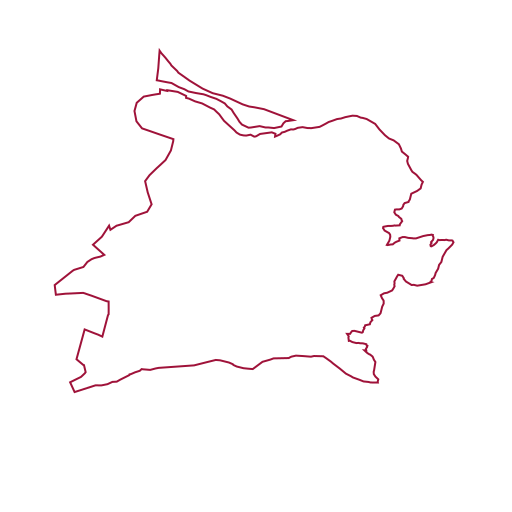 the district of Dayrut, Asyut, Egypt, rotated 284°
{"feature_id": "37247803B43857760448777", "entity_name": "Dayrut", "entity_type": "district", "adm_level": 2, "iso_a3": "EGY", "parent_name": "Egypt", "parent_adm1": "Asyut", "projection": "robinson", "projection_center": [30.795, 27.538], "detail": "fine", "context": "isolated", "style": "outline", "palette": "rose", "viewbox_px": 512, "rotation_deg": 284, "n_neighbors": 0, "source": "geoboundaries", "source_scale": "gbopen_adm2", "svg_char_len": 5794}
<svg xmlns="http://www.w3.org/2000/svg" viewBox="0 0 512 512"><g transform="rotate(284 256 256)"><path d="M389.1,379.6L390.9,376.0L392.6,372.3L395.4,370.6L399.0,367.6L401.5,361.6L402.2,356.6L404.4,351.9L408.7,345.1L413.0,339.7L415.7,330.2L415.8,326.1L415.6,324.1L416.3,320.0L415.5,315.7L413.8,312.1L412.3,309.0L409.9,305.1L409.3,303.5L408.4,301.4L405.7,297.4L403.6,294.1L401.3,291.7L398.6,288.7L396.7,286.5L393.3,278.4L393.3,278.2L393.2,277.6L392.6,274.9L392.3,270.0L390.8,266.3L390.4,265.4L388.8,263.4L387.8,261.7L387.3,259.2L385.1,255.9L383.4,253.8L382.1,251.3L379.9,250.0L377.8,247.4L376.5,245.6L379.3,245.3L379.8,241.4L375.4,230.4L372.5,227.5L371.9,226.7L371.4,225.4L372.4,221.4L370.5,217.4L370.0,214.8L369.9,212.3L369.9,211.0L371.1,207.2L372.8,204.6L375.9,198.8L379.4,192.3L381.5,189.7L384.6,186.0L386.5,182.6L388.1,179.9L388.9,175.5L391.0,166.8L391.3,159.5L392.5,152.8L392.5,149.9L394.4,149.5L396.3,140.4L395.4,129.8L394.7,130.0L394.6,128.2L394.5,122.6L393.0,123.0L392.6,123.0L390.4,123.5L390.2,123.5L388.7,119.9L387.0,116.0L386.1,114.1L383.5,108.5L381.3,107.0L375.8,103.2L367.3,103.0L357.8,107.4L357.4,107.9L352.3,114.5L352.2,115.3L351.6,122.3L350.7,132.2L349.4,147.6L347.2,147.9L345.1,147.9L337.8,147.9L327.2,145.0L318.2,139.1L317.5,138.6L308.6,133.1L301.8,130.3L291.4,135.6L290.8,136.0L280.9,142.2L272.6,139.7L265.8,129.2L258.0,124.3L252.0,114.0L251.7,113.4L246.2,108.4L249.9,106.1L238.6,102.2L237.3,101.7L227.5,95.1L220.4,108.5L218.3,105.8L217.8,105.2L215.6,100.9L214.8,99.5L213.1,97.2L209.4,93.8L206.9,92.7L203.6,91.2L198.8,83.3L198.3,82.6L197.2,81.6L179.1,67.7L170.5,71.0L170.0,71.2L173.3,80.2L174.8,85.3L178.4,97.2L178.3,99.3L178.2,100.0L177.7,106.1L176.0,121.9L176.2,124.0L168.8,125.9L163.8,127.1L162.8,126.7L140.6,126.4L141.5,121.8L141.9,118.2L143.3,107.5L129.9,107.2L112.4,106.8L108.5,114.8L108.5,115.5L102.1,118.8L100.8,118.3L97.8,116.4L96.3,115.4L91.5,109.7L88.5,106.2L80.1,112.9L91.7,131.6L93.0,137.2L95.7,142.9L99.1,147.1L100.4,151.3L103.1,154.1L109.8,161.9L110.5,161.9L111.2,163.3L113.9,166.8L116.5,171.0L118.6,172.4L118.7,173.6L119.9,180.9L122.6,185.8L123.9,188.6L134.9,222.4L140.9,233.6L145.4,242.1L146.1,246.4L146.1,254.1L146.1,255.5L145.4,259.7L144.8,260.4L144.1,264.0L144.1,268.2L144.1,271.0L144.8,275.9L145.5,280.2L154.9,287.9L158.9,294.9L160.9,297.8L164.9,312.5L165.8,313.4L166.9,314.7L169.0,318.9L170.3,325.9L171.0,330.1L171.6,333.7L173.0,336.5L175.0,345.6L173.7,349.1L171.7,354.1L170.3,356.9L167.0,364.6L165.0,368.8L163.6,371.7L162.3,377.3L161.6,379.4L160.9,386.4L160.3,390.7L161.0,395.6L161.0,397.7L161.6,400.5L162.3,403.3L162.7,404.8L163.2,404.5L165.9,404.5L167.9,401.0L169.9,398.9L172.0,398.2L174.0,398.2L182.0,397.5L184.0,395.4L186.0,394.0L186.7,393.3L188.0,390.5L188.0,389.8L188.7,387.7L189.4,386.3L190.7,384.0L191.1,385.8L192.5,385.1L194.5,385.8L195.8,385.8L195.8,385.1L197.1,384.4L197.1,382.2L197.1,380.8L196.5,378.0L196.5,376.6L195.8,374.5L195.8,373.8L195.8,372.4L195.8,370.3L196.5,367.5L196.1,366.6L199.2,365.4L200.5,365.4L202.5,363.2L203.2,366.1L205.2,366.8L206.0,367.2L206.5,367.5L207.2,369.6L207.2,370.3L207.2,371.7L207.2,373.8L207.2,377.3L207.9,378.0L209.9,378.0L211.9,378.7L212.6,378.0L213.9,378.7L215.2,378.7L215.9,380.2L216.6,381.6L217.3,383.0L217.9,383.0L219.3,383.0L222.0,384.4L222.6,383.7L224.0,383.0L224.6,383.7L225.7,384.8L226.6,385.8L228.0,389.3L229.4,390.1L230.7,390.7L233.4,390.7L237.4,390.7L240.7,391.4L243.4,390.7L244.1,390.1L245.4,388.6L246.9,387.4L248.1,386.5L250.8,389.3L252.1,392.2L255.5,396.4L257.5,397.1L260.2,397.8L261.5,397.1L262.8,397.1L264.9,396.4L267.5,397.1L270.2,397.8L272.2,398.5L272.2,399.2L272.2,399.9L272.2,401.3L272.2,402.7L270.2,404.8L269.6,404.8L267.5,407.7L266.2,411.9L265.5,414.0L266.2,416.1L266.2,419.6L269.1,426.3L269.6,427.4L272.9,432.3L272.9,430.9L273.6,432.3L276.3,432.3L277.6,433.7L279.2,434.1L281.0,434.4L283.0,434.4L287.7,435.8L291.7,435.8L295.0,437.3L300.4,437.3L307.8,439.4L309.8,440.8L314.5,443.6L317.1,444.3L318.5,442.9L318.5,442.2L317.8,439.4L317.8,436.6L317.1,435.2L316.5,432.4L315.8,430.2L315.8,428.8L313.1,428.1L311.8,427.4L309.8,426.0L307.8,423.9L307.8,423.2L309.1,422.5L311.1,423.2L311.8,422.5L314.5,423.9L315.1,423.9L316.5,423.9L317.8,423.2L318.5,422.5L319.2,422.5L319.2,421.1L318.5,419.7L317.8,417.6L315.8,413.4L311.8,407.0L311.1,404.2L311.1,403.5L310.4,399.3L310.4,397.9L310.4,395.8L309.8,393.6L307.8,390.8L305.7,391.5L303.7,388.7L302.4,387.3L300.4,385.9L299.7,383.8L298.4,381.0L298.4,380.3L303.1,381.7L307.1,381.7L309.1,381.0L310.4,379.6L311.8,374.6L312.5,373.9L313.8,372.5L315.1,372.5L315.8,373.9L317.1,376.8L317.8,379.6L318.5,381.7L319.2,383.1L319.2,383.8L320.5,388.0L321.8,388.0L325.2,389.4L325.9,388.7L327.2,388.0L328.5,385.2L329.2,384.5L329.9,381.7L331.2,380.3L331.9,379.6L334.6,379.6L335.2,381.0L335.9,383.8L337.3,385.9L339.9,386.7L341.3,386.6L343.3,387.4L345.3,390.9L346.0,390.9L348.0,391.6L349.3,391.6L350.0,391.6L354.0,391.6L358.0,396.5L361.4,399.4L362.7,399.4L363.8,399.4L364.7,399.4L365.4,399.4L368.3,400.0L369.4,398.0L371.4,395.1L373.4,392.3L374.1,390.9L375.5,387.4L376.8,386.0L382.2,381.1L383.5,380.4L384.8,379.7L385.9,379.7L386.9,379.7L388.0,379.7L389.1,379.6ZM396.8,259.3L400.4,228.3L399.9,218.4L399.4,213.2L399.9,206.4L402.5,192.9L403.5,185.0L403.5,174.6L405.5,163.7L410.1,149.1L415.1,136.3L416.4,134.8L418.4,131.3L420.4,127.8L421.8,126.4L423.8,123.6L426.5,120.1L429.8,115.2L431.9,112.8L428.8,113.3L414.3,115.8L402.5,117.2L402.7,119.8L402.7,120.9L403.1,128.0L403.4,132.2L402.6,135.1L401.2,140.2L400.5,146.2L399.3,150.6L399.6,158.4L400.2,165.9L400.0,168.8L399.4,173.3L398.9,179.5L397.9,183.7L396.5,188.8L394.2,192.0L392.2,196.9L389.5,199.6L384.9,204.8L382.2,207.5L380.1,210.6L378.7,217.7L379.4,219.9L381.2,224.1L382.9,228.1L383.0,234.0L383.7,236.9L384.5,242.6L387.8,249.4L391.4,250.5L394.0,252.2L394.6,254.0L396.8,259.3Z" fill="none" stroke="#9f1239" stroke-width="2"/></g></svg>